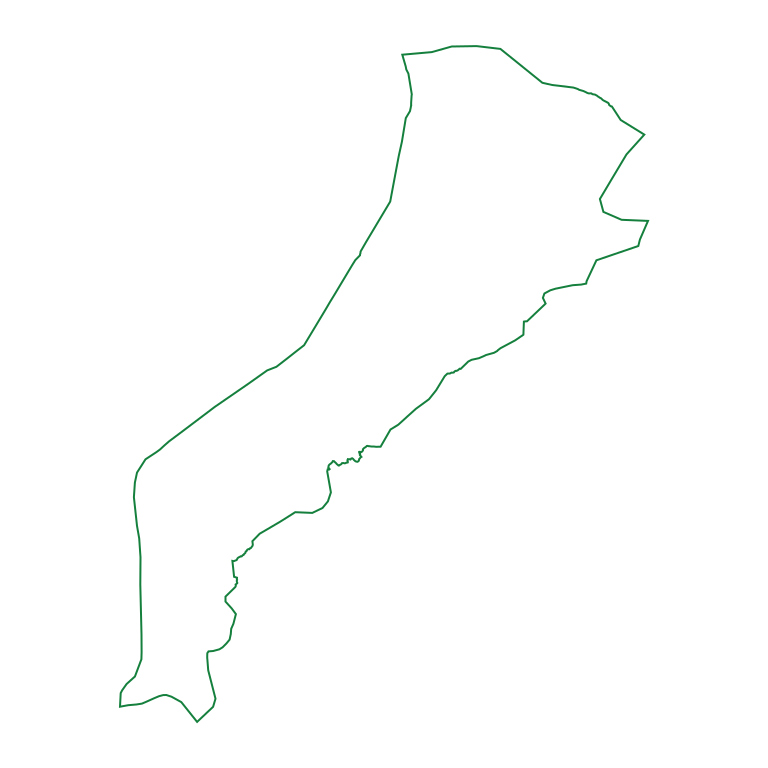 the district of Arewa Dandi, Kebbi, Nigeria
{"feature_id": "59680162B65662189989638", "entity_name": "Arewa Dandi", "entity_type": "district", "adm_level": 2, "iso_a3": "NGA", "parent_name": "Nigeria", "parent_adm1": "Kebbi", "projection": "orthographic", "projection_center": [4.072, 12.682], "detail": "fine", "context": "isolated", "style": "outline", "palette": "green", "viewbox_px": 768, "rotation_deg": 0, "n_neighbors": 0, "source": "geoboundaries", "source_scale": "gbopen_adm2", "svg_char_len": 4330}
<svg xmlns="http://www.w3.org/2000/svg" viewBox="0 0 768 768"><path d="M644.3,134.6L620.7,120.0L611.9,106.5L611.4,106.3L610.9,106.3L610.0,105.6L609.4,105.2L609.1,104.8L608.9,104.1L608.7,103.5L608.3,103.0L607.9,102.7L607.4,102.6L607.0,102.3L606.7,102.0L606.0,101.8L605.5,101.4L605.0,101.3L604.5,100.9L603.7,100.6L603.1,100.2L602.4,99.7L602.0,99.2L601.4,98.7L600.9,98.2L599.9,97.8L598.8,97.0L597.8,96.4L596.9,95.6L596.1,95.2L595.0,94.6L593.8,94.4L592.4,94.2L591.7,93.6L591.0,93.3L590.4,93.4L589.6,93.4L589.3,93.4L588.9,93.4L588.5,93.3L588.0,93.2L587.2,92.9L586.3,92.4L585.3,91.9L584.2,91.4L583.3,91.0L579.1,89.8L578.2,89.2L576.6,88.6L575.1,88.1L574.4,87.9L573.6,87.6L560.8,86.0L552.2,85.0L542.4,82.8L500.4,48.9L476.6,46.1L451.7,46.5L431.8,52.1L402.3,54.7L405.7,66.4L406.3,69.5L408.4,73.6L411.7,93.8L411.8,94.6L411.6,95.4L411.2,101.9L411.1,103.3L411.2,104.1L411.1,104.4L411.1,105.1L411.2,105.4L411.2,105.6L411.0,106.0L410.9,106.6L410.8,107.2L410.7,107.8L410.4,109.1L410.0,111.1L405.8,118.1L401.9,141.8L398.8,155.8L397.6,162.1L394.3,179.7L390.2,201.6L389.9,202.1L366.2,241.8L360.6,251.5L360.4,253.4L360.3,253.7L360.2,253.8L360.0,254.6L360.0,255.3L359.7,255.6L355.3,260.1L352.2,265.1L348.4,271.4L335.0,293.8L329.8,302.3L326.0,308.8L319.7,319.3L304.1,345.2L295.5,351.9L287.0,358.6L276.4,366.8L267.2,370.4L247.7,384.2L214.9,406.8L185.8,428.8L169.0,441.4L164.1,445.7L160.0,449.5L156.3,452.2L145.5,459.3L137.0,472.6L136.0,477.4L134.9,482.5L133.9,497.2L137.0,525.8L139.2,538.4L140.5,557.3L140.3,584.7L141.0,613.4L141.5,634.7L141.6,652.1L141.4,659.3L134.9,676.6L134.7,676.7L126.6,684.0L122.5,689.8L122.1,690.4L120.7,693.1L120.0,706.7L128.2,705.2L136.3,704.5L142.0,703.6L146.9,701.5L154.0,698.3L159.0,696.2L163.1,695.1L166.3,695.0L171.5,696.7L181.3,702.1L197.1,721.9L213.1,706.8L215.5,698.7L208.2,670.2L207.7,663.7L207.2,657.5L207.3,653.2L208.5,651.4L213.2,651.0L219.4,649.3L222.6,647.3L226.4,643.5L229.6,639.6L230.8,634.0L231.2,628.8L233.4,623.8L235.9,614.1L231.6,608.3L225.5,601.6L225.5,596.6L235.3,587.0L235.8,585.9L235.8,585.4L235.6,584.5L236.2,584.1L236.8,583.5L237.2,583.3L237.3,582.9L237.1,582.6L237.0,582.2L236.9,581.7L236.8,581.3L236.8,580.9L236.8,580.5L237.0,580.2L237.1,579.9L236.9,579.6L236.9,579.2L236.9,578.7L237.0,578.1L237.0,577.7L234.1,576.8L232.4,560.9L233.4,561.1L234.3,561.0L235.1,560.6L236.6,560.1L237.6,558.2L238.3,557.6L239.0,557.2L239.8,556.9L240.6,556.3L241.0,556.4L241.6,556.4L242.2,555.8L242.7,555.2L243.6,554.9L243.9,554.2L244.4,553.8L245.4,552.8L245.7,551.5L246.5,551.1L247.3,549.7L248.4,549.1L249.4,549.2L249.8,548.4L250.9,548.0L252.6,545.7L252.8,544.4L252.4,541.2L259.7,533.7L262.6,532.0L280.5,521.5L295.2,512.2L312.3,512.9L322.5,508.0L327.9,501.4L330.9,492.4L327.2,471.4L327.7,469.3L328.3,469.3L329.0,469.6L329.6,469.1L329.0,468.3L328.3,467.5L328.5,466.6L328.7,465.5L329.6,464.4L330.7,463.7L331.5,462.9L332.4,462.1L332.8,461.1L333.9,461.1L334.9,462.1L336.0,463.1L336.7,464.0L337.7,464.8L338.3,465.4L338.9,465.6L339.3,465.1L340.6,464.6L341.4,464.0L341.9,463.2L343.2,463.0L344.4,463.3L345.4,463.2L346.3,462.7L347.0,462.6L347.7,462.5L347.9,462.0L347.6,461.2L347.6,460.6L347.4,460.2L347.9,459.1L348.7,459.3L349.7,459.2L350.5,459.5L351.3,458.5L352.3,458.3L353.1,458.9L354.0,460.0L355.0,460.9L355.7,461.4L356.5,461.6L357.3,461.8L358.0,461.5L358.7,460.9L359.0,460.0L359.2,459.0L359.7,458.6L360.1,458.0L360.6,457.4L361.4,456.9L360.7,456.0L359.9,455.2L359.8,454.7L360.2,454.2L360.1,453.5L359.6,453.3L359.6,452.6L359.2,452.4L359.2,451.9L359.9,451.8L360.8,452.1L361.4,452.0L362.3,451.4L363.0,450.2L362.9,449.3L364.0,448.1L365.4,447.2L366.0,446.8L366.8,446.0L367.7,445.9L368.7,446.2L369.3,446.2L371.3,446.5L373.6,446.5L376.1,446.8L380.6,446.7L390.5,429.5L398.3,424.7L408.0,415.9L415.9,408.8L429.0,399.2L436.1,390.3L444.7,376.2L447.4,373.6L450.0,373.5L451.5,372.6L452.9,372.7L453.9,372.4L454.3,371.7L455.4,370.9L456.5,370.9L457.8,370.3L459.7,368.7L460.7,368.9L468.3,361.5L471.6,359.8L478.9,358.2L483.6,356.2L486.1,355.0L494.0,352.8L497.2,351.0L497.9,350.2L500.5,348.2L515.1,340.4L523.3,334.8L523.4,334.7L523.9,321.6L524.9,321.4L527.0,321.3L545.6,303.6L542.9,297.9L544.4,293.5L550.3,290.3L555.5,288.7L572.7,285.2L581.0,284.6L586.2,283.6L586.6,281.2L596.4,260.3L638.3,246.0L639.9,239.6L648.0,220.9L621.6,219.8L603.4,211.9L599.9,199.0L611.6,179.3L626.5,154.4L644.3,134.6Z" fill="none" stroke="#15803d" stroke-width="2"/></svg>